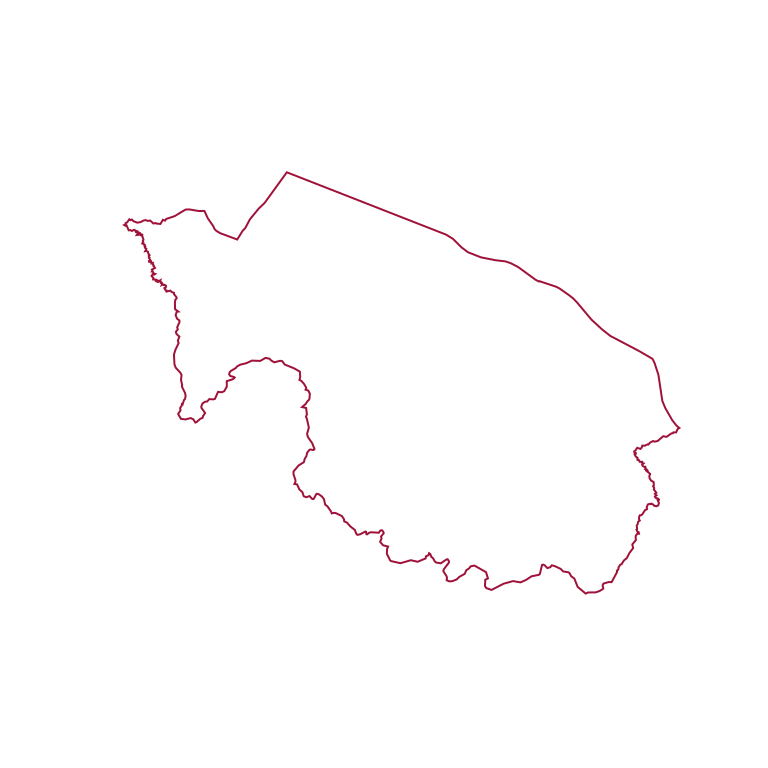 Choam Ksant, Preah Vihéar, Cambodia (Albers equal-area conic projection), rotated 201°
{"feature_id": "14789045B63447960105110", "entity_name": "Choam Ksant", "entity_type": "district", "adm_level": 2, "iso_a3": "KHM", "parent_name": "Cambodia", "parent_adm1": "Preah Vihéar", "projection": "albers", "projection_center": [104.9, 14.186], "detail": "fine", "context": "isolated", "style": "outline", "palette": "rose", "viewbox_px": 768, "rotation_deg": 201, "n_neighbors": 0, "source": "geoboundaries", "source_scale": "gbopen_adm2", "svg_char_len": 6103}
<svg xmlns="http://www.w3.org/2000/svg" viewBox="0 0 768 768"><g transform="rotate(201 384 384)"><path d="M683.5,439.3L682.1,439.0L681.2,439.8L677.4,436.0L675.9,436.8L674.2,436.5L672.6,438.4L671.5,438.3L670.0,436.9L669.4,437.1L670.1,438.1L668.8,438.2L667.8,436.3L668.2,434.5L666.0,435.7L666.5,437.5L665.7,437.4L665.3,436.7L663.2,436.8L663.1,436.2L664.0,435.7L662.5,435.3L660.2,432.4L660.5,431.3L660.0,430.7L660.0,428.7L658.8,429.1L658.5,428.2L656.9,428.0L656.9,426.9L656.0,426.6L656.1,425.6L654.3,425.0L654.5,422.5L653.7,423.1L651.8,422.9L650.8,421.3L649.1,420.3L649.6,419.6L649.0,418.2L648.4,418.1L648.6,417.5L646.1,415.6L647.4,414.7L647.0,413.9L644.8,414.3L644.3,413.2L643.1,414.1L643.0,413.2L641.4,412.1L641.6,411.6L639.4,410.3L641.6,407.7L641.0,407.3L641.0,406.0L640.5,406.3L639.1,405.2L639.1,404.5L637.1,404.7L637.8,403.7L639.5,403.0L639.7,401.5L637.2,400.3L637.0,398.9L634.4,399.7L634.0,398.4L631.8,398.2L631.4,398.4L632.2,399.6L630.6,399.7L629.9,400.7L629.7,399.4L628.0,399.1L628.2,398.3L626.9,398.1L626.9,397.0L626.3,397.8L625.4,397.3L624.3,398.0L622.9,397.7L622.3,396.6L623.2,395.2L622.7,395.0L623.0,394.4L620.9,392.9L620.5,393.2L620.1,392.4L616.9,394.6L614.9,393.7L612.8,393.9L612.1,392.5L609.0,390.8L608.3,389.7L609.0,387.8L608.3,384.9L605.9,379.0L602.0,377.9L603.4,377.1L603.2,373.6L600.6,370.8L597.8,370.0L597.1,368.4L597.4,362.8L596.1,361.1L597.0,358.0L595.6,356.3L592.0,354.9L592.0,350.6L590.4,348.6L591.0,340.9L590.6,336.1L586.7,327.3L584.3,324.6L578.1,321.5L576.3,320.0L574.9,314.9L572.1,310.8L571.7,309.1L566.6,304.4L565.0,301.9L564.4,298.9L565.0,297.1L564.7,292.7L565.4,292.8L565.1,291.6L565.7,288.4L564.5,286.4L565.5,282.3L561.1,278.7L556.6,279.8L552.3,282.9L549.4,282.7L546.3,280.4L545.4,281.2L543.1,285.6L541.2,287.5L541.5,289.0L540.6,292.8L546.0,296.4L546.5,297.7L546.5,300.6L544.9,303.2L542.8,304.3L541.7,307.3L537.8,308.5L536.5,309.5L536.1,317.2L532.6,318.1L530.6,320.0L529.8,325.1L531.8,330.3L526.6,334.5L525.7,336.5L526.4,336.8L530.4,336.4L532.1,337.6L532.3,339.6L531.5,341.5L528.1,345.8L527.5,347.7L525.3,350.4L520.0,354.1L515.7,358.5L507.8,361.2L504.0,365.9L499.9,366.6L497.7,365.5L494.2,364.9L489.4,368.4L487.3,368.9L483.6,366.6L473.5,366.4L467.0,365.4L464.8,360.7L464.4,357.5L462.3,357.3L458.5,355.3L455.6,352.9L455.0,351.9L455.2,350.6L452.3,350.7L449.7,348.3L448.3,343.5L448.6,341.8L449.4,340.2L449.9,337.5L452.2,333.1L448.1,333.7L445.1,328.0L445.1,325.4L443.6,324.0L438.5,316.3L438.0,310.3L437.1,308.5L435.6,306.9L429.8,303.0L425.6,298.4L426.1,297.1L429.5,296.4L430.0,295.8L431.1,292.4L430.6,288.6L431.2,285.9L430.8,282.3L434.5,277.4L437.1,270.0L436.2,267.4L432.2,262.5L431.6,260.9L431.8,258.6L429.1,259.1L425.2,255.2L421.4,253.8L418.9,250.6L418.1,250.4L415.9,250.5L413.3,252.7L410.0,251.0L409.0,251.1L408.4,251.8L407.8,256.8L407.3,257.5L405.2,257.7L401.6,256.7L398.8,255.0L395.7,250.3L393.1,249.6L387.9,246.1L386.4,244.5L384.3,245.9L382.7,246.2L375.9,245.6L372.8,243.3L371.9,241.5L369.0,241.4L364.2,238.9L358.9,237.3L356.5,234.5L354.8,233.6L352.5,235.1L348.5,239.6L347.8,239.6L346.6,237.5L345.9,237.6L344.4,240.0L342.8,241.0L335.5,243.3L334.9,245.9L333.5,246.7L331.7,245.8L330.8,244.6L332.1,240.6L331.0,239.0L331.0,235.2L327.0,233.1L321.9,233.7L322.0,231.0L320.5,226.5L315.1,221.6L314.0,221.2L304.4,222.6L295.8,229.1L288.9,230.1L282.6,236.1L283.1,238.1L281.2,240.0L281.3,242.2L279.8,241.8L277.9,239.6L275.9,239.0L273.0,236.6L271.3,236.0L266.7,237.0L262.7,242.7L261.8,243.2L260.0,242.0L259.4,240.5L261.8,232.4L261.5,230.5L256.9,227.1L255.8,225.8L255.2,223.3L252.4,223.1L249.6,224.4L246.1,227.6L244.5,231.0L240.6,235.7L240.4,239.7L238.7,242.0L237.6,245.0L234.4,246.9L221.3,244.9L217.3,239.8L219.3,237.6L217.3,231.5L215.3,230.1L209.8,230.3L200.8,240.4L192.8,246.3L185.5,247.7L181.0,252.2L177.4,257.3L171.1,261.3L170.4,262.4L171.6,271.7L170.7,272.4L169.3,272.4L165.5,270.7L163.1,272.6L162.4,274.8L159.5,275.2L152.8,274.7L149.5,273.2L144.7,274.3L143.3,274.1L140.3,271.6L136.6,270.6L130.5,264.0L120.6,260.6L118.8,262.5L111.8,265.3L108.6,267.9L106.1,271.2L106.1,271.9L107.7,274.1L107.6,276.3L103.3,279.6L100.5,280.6L99.0,292.1L99.7,293.2L98.8,294.8L99.3,296.9L98.7,299.9L97.6,301.0L96.8,305.2L94.9,308.5L94.3,314.3L92.6,320.0L94.7,323.3L92.9,328.6L94.3,331.3L94.5,333.1L93.8,334.9L92.3,335.6L93.3,337.0L94.2,336.7L96.1,338.5L95.7,339.3L97.3,342.3L97.0,344.2L97.4,346.3L96.3,348.2L97.3,348.8L98.3,351.7L98.0,353.2L96.9,353.6L96.1,355.0L95.1,359.8L93.6,361.4L94.6,363.2L94.5,366.1L93.1,367.3L91.8,367.4L91.5,368.1L89.2,367.9L88.1,367.1L85.7,367.6L84.5,368.9L84.7,371.5L86.8,373.5L85.9,374.1L85.9,374.7L87.1,375.2L89.7,375.1L90.8,376.1L89.7,377.8L91.7,378.6L90.8,380.1L94.3,382.2L94.4,383.7L96.2,385.0L95.7,385.8L97.1,389.1L99.9,389.5L102.2,391.1L103.3,393.1L103.3,395.4L106.3,396.5L106.8,397.6L107.8,398.1L108.1,397.1L108.6,397.5L109.3,398.4L109.7,398.3L109.6,399.2L110.4,400.4L111.2,399.9L113.2,400.2L114.1,401.2L113.2,402.9L115.1,403.0L115.2,403.8L117.4,403.0L118.4,404.1L119.9,404.0L119.8,404.7L120.7,405.0L121.0,406.0L122.9,406.5L124.8,408.1L124.0,408.8L124.1,409.7L125.8,409.9L126.3,410.8L125.6,411.6L124.7,415.2L121.3,415.3L120.6,417.1L120.8,419.0L118.5,419.8L116.3,422.1L115.5,422.2L114.7,424.5L112.4,427.2L110.9,427.1L108.1,428.8L104.6,435.3L101.3,435.9L98.0,440.8L96.6,441.7L96.5,442.5L94.0,443.5L93.7,447.2L92.5,448.8L95.9,449.9L101.8,453.4L112.7,462.3L118.0,467.8L131.1,490.9L138.8,500.4L142.3,503.7L157.1,506.1L190.0,510.0L200.5,513.3L213.5,518.5L232.8,529.2L238.1,531.7L243.3,533.3L254.5,536.1L257.8,536.5L275.8,535.7L276.1,535.2L279.7,535.6L300.4,541.2L308.7,542.2L314.5,542.0L324.3,539.5L338.8,537.0L352.7,537.1L360.5,539.3L371.6,544.2L379.4,545.7L550.6,546.8L560.3,510.4L563.9,502.7L568.2,489.7L569.4,479.9L570.9,476.2L572.8,466.3L591.1,466.1L595.4,466.9L597.7,467.9L600.0,470.2L607.8,475.5L613.7,481.2L618.9,479.1L628.4,477.2L631.8,475.7L639.7,465.6L646.4,460.1L647.0,458.0L649.2,458.1L650.1,453.3L654.1,452.2L654.8,452.5L656.8,451.2L660.8,452.8L663.0,451.6L665.2,451.6L667.0,450.5L669.4,447.8L672.2,446.2L676.2,446.2L678.3,447.2L679.4,446.1L680.8,446.5L681.7,442.8L682.9,441.6L682.5,440.3L683.5,439.3Z" fill="none" stroke="#9f1239" stroke-width="2"/></g></svg>